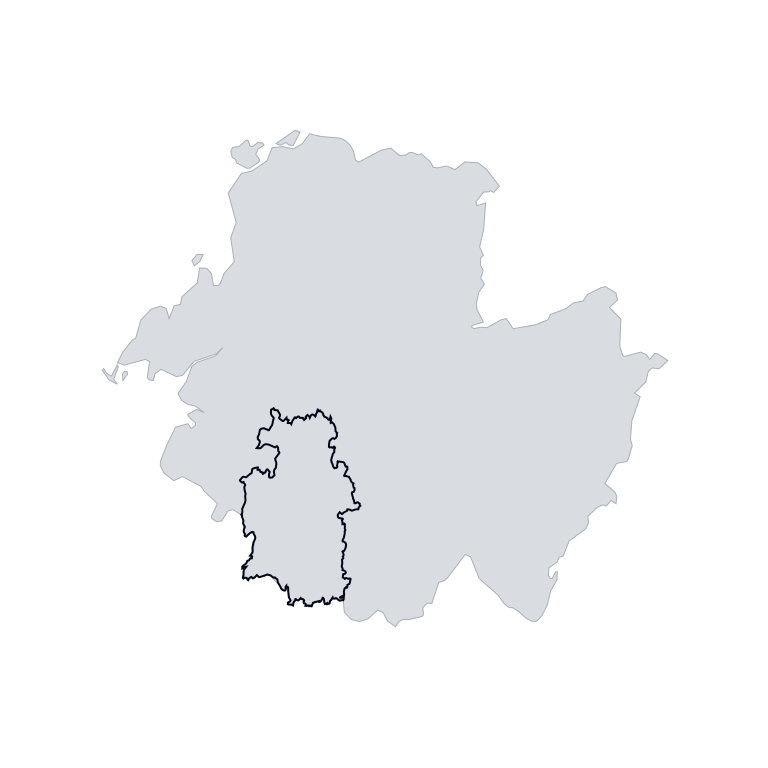 Nordrhein-Westfalen highlighted on a map of Germany, rotated 295°
{"feature_id": "DEU-1572", "entity_name": "Nordrhein-Westfalen", "entity_type": "State", "adm_level": 1, "iso_a3": "DEU", "parent_name": "Germany", "parent_adm1": "", "projection": "natural_earth1", "projection_center": [7.941, 51.424], "detail": "fine", "context": "in_parent", "style": "outline", "palette": "ink", "viewbox_px": 768, "rotation_deg": 295, "n_neighbors": 0, "source": "natural_earth", "source_scale": "10m", "svg_char_len": 9833}
<svg xmlns="http://www.w3.org/2000/svg" viewBox="0 0 768 768"><g transform="rotate(295 384 384)"><path d="M338.2,628.1L319.9,618.1L303.7,619.1L301.0,615.9L295.5,616.1L287.2,611.0L279.9,614.0L278.1,617.0L278.7,618.7L286.1,618.9L287.1,620.4L279.6,623.5L267.2,622.5L252.7,625.4L240.4,625.0L233.3,622.5L231.4,617.9L231.9,611.1L234.8,602.1L235.6,595.5L234.3,591.3L236.1,585.0L240.8,576.7L247.9,552.5L264.0,535.5L263.7,529.6L235.9,523.6L231.3,521.9L227.4,517.5L205.4,520.1L203.5,515.6L197.7,513.7L191.6,517.3L189.4,516.9L181.0,506.1L178.9,501.1L174.8,497.8L168.8,497.1L170.7,487.2L176.4,479.9L176.5,473.8L164.4,468.8L158.2,461.9L156.7,453.8L160.3,444.5L170.3,438.8L169.1,429.7L160.6,424.9L160.1,423.4L163.7,419.9L151.1,409.6L154.0,399.2L151.9,396.2L146.0,393.9L144.1,390.8L148.4,390.1L158.4,382.9L158.8,381.8L156.0,380.8L155.6,377.8L162.2,362.6L161.9,360.0L156.7,352.7L156.6,350.1L149.3,341.7L149.3,339.0L160.8,333.8L170.6,337.6L174.3,335.3L179.1,335.6L190.8,331.8L194.0,327.2L189.5,323.4L190.0,320.5L203.2,312.1L205.4,308.1L206.3,300.5L204.5,297.9L202.8,296.2L191.4,294.9L188.4,290.5L189.5,284.6L191.4,283.5L205.2,283.6L210.7,266.7L213.9,261.4L214.9,240.5L207.5,234.2L210.3,222.2L215.5,215.8L219.6,214.0L237.3,212.9L256.9,213.4L265.1,223.1L262.1,228.2L266.8,230.5L269.1,229.6L272.0,220.4L273.7,219.0L281.9,225.1L282.1,233.0L284.3,222.2L282.6,214.7L283.7,207.4L288.3,201.2L302.7,203.8L318.6,202.4L324.6,205.3L338.3,219.4L348.6,222.4L340.7,219.4L324.1,202.2L306.8,197.8L303.0,192.9L303.0,175.7L296.5,172.2L289.6,173.4L288.6,169.5L289.7,166.7L305.3,162.1L305.5,157.4L291.4,140.7L290.7,133.4L302.6,133.8L317.1,137.2L320.7,139.6L339.2,136.5L353.4,141.4L360.1,148.5L360.5,154.6L352.4,161.7L366.4,160.7L370.0,165.9L377.6,164.0L396.8,172.0L411.2,167.9L413.9,174.4L411.2,180.9L401.1,187.9L403.4,192.3L406.7,193.2L416.3,192.3L431.6,196.6L451.7,183.3L467.9,181.8L491.3,162.1L514.7,165.8L521.0,174.2L536.7,183.6L550.9,182.8L556.2,191.7L558.8,202.6L567.2,208.3L579.3,210.8L581.7,222.3L588.3,240.4L588.3,246.0L586.3,252.2L582.6,257.4L574.8,263.7L574.4,267.3L594.9,282.8L600.6,290.6L597.6,301.8L601.0,307.3L604.4,309.2L605.8,312.0L606.0,318.5L608.5,320.4L604.9,332.2L601.2,337.1L602.5,341.2L608.0,348.5L608.3,357.7L619.5,363.6L624.2,375.9L621.8,386.4L612.0,405.0L603.9,402.5L604.3,398.6L602.8,398.3L600.1,393.2L588.1,390.3L584.8,392.7L591.0,399.6L566.5,408.9L548.7,412.7L542.5,419.7L539.2,418.3L532.1,421.3L529.2,425.7L520.6,427.1L516.9,432.8L507.5,431.1L496.1,433.6L491.1,436.6L482.1,447.9L474.4,439.2L472.6,439.2L472.1,442.0L476.7,448.3L478.6,453.6L491.9,463.2L494.9,467.2L488.7,477.7L501.9,496.6L511.7,505.5L517.2,505.4L529.3,517.1L537.3,521.2L543.4,529.3L551.2,530.5L563.3,540.3L565.8,543.6L564.5,555.8L558.8,560.1L548.6,556.1L543.0,571.1L517.8,581.8L510.7,588.4L510.7,590.5L521.3,603.1L521.5,608.8L518.6,614.6L525.9,616.2L527.0,619.2L525.2,631.3L514.1,626.9L511.9,620.3L507.3,618.2L496.5,620.4L481.7,614.9L480.6,621.6L455.6,624.1L438.3,630.6L433.3,634.9L419.6,637.1L416.3,636.7L410.4,628.4L387.2,626.2L383.6,638.9L380.6,642.5L373.6,644.9L374.5,639.1L367.3,637.0L366.9,633.2L362.2,629.4L350.2,624.6L345.0,628.0L338.2,628.1ZM549.7,167.6L551.1,172.1L549.8,174.3L543.9,170.6L538.1,170.6L534.8,176.4L532.2,176.7L523.1,171.4L521.6,168.8L522.0,157.0L524.8,154.5L525.1,150.8L530.0,146.9L534.4,146.8L538.0,152.3L546.7,156.0L547.4,157.6L542.9,162.3L544.1,164.8L549.7,167.6ZM576.4,196.2L576.7,201.5L561.8,200.9L560.5,197.0L561.4,193.1L556.4,189.0L556.3,184.5L576.4,196.2ZM274.2,137.0L271.0,142.3L271.6,133.0L277.1,123.1L279.5,123.4L276.4,127.9L275.9,133.6L288.6,134.1L287.2,135.9L274.2,137.0ZM425.0,165.3L417.1,165.4L411.0,162.1L414.7,157.7L422.4,159.8L425.0,165.3ZM286.6,145.9L284.6,147.5L276.9,145.8L282.5,142.8L285.8,143.5L286.6,145.9Z" fill="#d9dde1" stroke="#a8b0b8" stroke-width="1"/><path d="M192.4,318.6L195.5,318.3L196.2,317.8L197.3,316.0L198.4,315.1L200.6,314.4L201.6,313.6L203.4,311.6L205.8,310.4L205.9,310.1L205.8,309.9L207.2,310.0L209.3,309.2L210.7,308.3L217.9,308.1L220.0,307.7L223.6,305.6L226.1,304.9L228.7,302.7L231.2,301.1L232.2,300.9L233.7,301.0L234.4,300.3L235.2,298.5L235.8,298.1L235.3,297.5L234.9,297.3L234.7,296.7L235.4,294.6L235.7,294.2L236.1,294.1L240.1,295.2L240.6,296.0L241.2,298.5L246.2,300.8L246.9,301.5L247.6,301.6L251.0,300.6L251.6,300.7L253.5,302.6L254.9,304.6L255.1,305.0L254.9,305.1L252.8,305.6L253.0,306.4L253.7,307.5L252.1,309.1L252.6,310.5L251.3,312.2L251.7,312.6L253.1,312.8L253.3,313.5L253.7,313.8L256.0,313.7L257.2,314.1L257.4,314.5L256.0,317.6L253.7,317.9L252.4,318.4L250.9,319.5L250.8,319.8L251.9,322.1L255.1,323.3L257.7,321.4L258.5,321.1L260.4,320.9L262.2,321.4L265.9,320.3L267.5,319.4L268.7,318.1L270.4,316.9L277.4,318.3L277.7,318.1L278.7,316.4L281.3,315.0L282.1,314.1L282.4,313.2L280.6,312.2L280.5,311.5L280.4,305.5L279.9,303.3L279.4,302.2L278.7,301.4L277.2,300.5L273.8,299.3L273.2,298.5L272.1,295.7L275.6,296.4L278.5,296.1L279.8,295.5L280.1,295.0L280.6,293.2L282.3,292.0L285.9,292.0L289.9,290.9L291.6,291.7L293.1,293.8L293.2,294.8L293.1,296.3L293.4,297.0L293.2,298.7L293.5,299.2L299.5,299.9L301.2,299.7L303.0,299.1L306.5,298.5L306.9,298.1L307.7,296.2L308.4,295.0L309.8,293.8L312.7,292.6L313.2,292.6L314.3,293.7L315.4,294.2L315.0,295.1L314.1,295.7L315.2,298.6L312.4,302.6L311.1,303.2L308.9,303.2L308.3,304.3L307.6,308.0L307.9,308.5L312.3,309.9L310.7,310.9L310.6,311.2L311.0,312.2L311.0,312.9L309.6,312.9L308.0,313.3L309.0,315.4L309.0,315.9L308.4,316.9L311.9,316.6L316.0,317.2L316.2,317.4L315.9,318.7L317.8,319.5L318.4,320.2L318.5,320.6L317.8,322.1L319.0,324.7L318.9,325.2L317.9,326.0L317.8,326.5L317.6,326.8L320.1,327.8L320.3,327.8L320.5,327.2L321.3,326.9L323.6,327.7L323.0,330.0L322.0,331.0L324.4,331.0L325.7,331.5L326.1,332.1L326.3,333.0L326.2,333.7L325.5,335.5L326.0,335.6L327.8,335.1L330.1,335.2L332.4,334.7L332.8,334.8L331.7,336.5L331.9,336.9L332.8,337.2L332.3,337.8L332.3,339.4L331.4,341.4L330.0,342.3L329.7,343.1L329.2,343.6L329.3,345.9L329.0,346.6L329.1,347.4L328.3,348.2L328.2,348.8L328.3,349.4L328.6,349.9L329.3,349.9L331.8,349.3L330.6,350.8L326.9,351.8L326.2,352.2L327.3,353.1L326.4,355.7L325.1,356.9L324.3,358.1L320.6,360.2L319.9,362.2L318.9,362.2L316.9,363.4L314.5,363.1L313.3,362.2L313.4,361.1L313.2,360.4L312.9,360.1L309.6,358.7L306.6,359.5L303.9,360.6L303.6,360.9L303.5,361.5L304.3,362.6L304.5,364.6L305.8,364.8L306.2,365.2L305.8,366.3L305.5,366.6L303.3,366.7L301.3,367.7L298.8,367.2L296.9,367.6L294.6,367.8L292.2,368.5L291.7,369.2L290.7,369.7L290.4,370.4L287.6,373.0L286.7,374.7L287.6,375.6L288.0,376.5L288.8,376.7L289.4,376.6L290.0,375.9L292.4,375.5L293.8,374.7L294.4,374.8L294.2,375.7L294.8,376.1L295.9,380.0L295.9,380.9L295.8,381.2L293.0,384.1L293.6,385.2L293.5,385.7L291.2,386.9L289.4,386.6L284.0,386.6L283.8,387.1L284.7,388.6L284.6,389.5L285.1,391.4L284.2,392.5L283.2,394.2L282.3,394.7L281.2,396.6L281.0,398.4L279.8,398.5L278.9,399.0L277.3,400.3L277.2,401.2L275.6,402.1L273.3,402.1L272.4,400.9L271.4,400.9L267.9,403.9L266.9,404.5L266.3,405.5L263.5,407.6L263.5,407.9L264.0,408.3L264.0,408.7L265.3,409.5L265.7,410.2L265.3,412.5L264.2,413.0L263.6,414.1L261.5,413.2L259.9,413.7L259.5,413.6L259.1,412.5L258.3,411.2L256.0,408.9L255.5,408.1L255.7,406.1L254.9,403.8L253.5,404.1L250.5,401.8L248.4,401.0L248.4,400.6L249.1,398.0L246.1,397.4L245.4,397.5L243.8,398.8L243.6,399.6L243.9,401.5L244.4,402.6L244.5,403.3L244.3,403.8L242.7,403.5L241.4,404.6L239.5,405.6L240.7,406.8L240.7,407.5L240.4,407.9L239.5,407.7L238.7,408.7L236.4,409.5L235.4,410.7L234.0,410.6L231.9,411.6L227.5,412.6L225.5,412.4L224.3,412.8L223.9,413.1L224.1,413.4L224.1,415.1L223.6,415.9L223.5,416.7L221.8,417.8L218.8,418.5L215.8,418.3L215.2,417.4L214.4,417.2L213.7,418.4L212.0,419.6L211.5,419.8L210.1,419.5L209.4,420.5L208.8,420.7L207.1,420.2L203.8,422.0L200.7,422.8L199.3,424.5L197.8,425.0L198.1,426.7L197.9,428.0L197.2,429.0L196.5,429.1L195.4,428.8L194.4,427.4L191.2,428.4L191.3,429.5L190.8,430.7L192.1,431.6L192.3,433.7L193.3,435.2L193.3,435.7L193.2,436.1L189.0,437.1L188.1,437.0L186.5,435.7L184.6,436.5L184.1,436.5L183.7,436.4L184.1,435.7L183.9,435.5L182.0,434.7L179.0,435.3L176.5,436.8L175.3,437.2L174.6,435.9L173.4,435.3L172.5,434.4L172.1,434.3L171.7,434.7L171.8,435.1L173.6,437.7L172.1,438.4L170.8,438.4L170.7,437.9L168.9,435.3L168.9,434.5L169.6,432.1L169.7,430.9L169.1,430.6L168.6,430.0L168.2,428.7L168.4,428.2L168.9,427.7L165.7,427.3L164.7,426.8L162.1,427.4L160.8,426.0L161.3,425.4L160.2,425.2L160.1,424.9L160.6,424.4L159.7,423.5L160.7,422.3L163.5,420.6L164.5,419.2L164.4,418.8L160.8,418.7L159.7,418.2L159.1,417.3L159.8,416.9L156.6,412.9L155.6,412.1L152.0,412.4L151.7,411.9L151.9,410.5L151.0,410.0L151.2,408.8L150.0,407.5L149.8,406.6L150.6,406.8L151.3,406.2L151.6,405.4L151.4,404.2L151.9,403.6L152.6,403.2L153.8,403.3L154.4,402.7L154.8,401.5L154.3,400.1L154.8,399.0L153.1,398.6L151.5,397.6L151.3,396.1L151.8,395.0L151.7,394.6L149.8,394.8L147.7,394.3L144.9,395.2L144.9,393.5L144.1,391.5L143.8,390.0L145.3,389.3L146.0,389.7L147.3,390.8L148.3,390.8L148.9,390.2L150.0,388.5L150.7,387.8L155.6,384.8L158.6,383.4L159.3,382.6L158.2,381.8L159.9,380.8L158.7,380.5L156.0,381.9L154.8,381.4L154.5,380.1L154.6,378.6L155.1,377.3L156.7,375.5L159.5,371.5L161.4,370.3L161.9,369.7L162.3,367.4L162.6,366.8L161.9,366.1L161.9,364.8L162.6,362.1L162.0,358.7L159.9,356.7L156.4,352.9L156.2,352.1L157.1,349.6L153.6,348.4L152.4,347.2L153.1,345.3L152.6,344.8L150.8,343.9L148.8,343.8L148.9,343.1L150.0,342.1L150.1,340.8L149.5,339.5L148.3,338.8L148.5,338.2L149.3,337.7L151.5,337.4L154.3,336.1L156.4,335.6L160.2,336.4L159.5,335.5L156.9,333.5L158.7,332.7L160.4,333.4L162.1,334.5L163.8,335.0L165.9,334.8L167.1,336.1L169.1,336.4L169.9,336.8L170.1,337.8L172.0,337.4L172.2,336.7L171.8,335.2L175.2,336.0L176.2,336.0L179.7,334.1L184.9,332.7L189.5,332.6L190.9,332.0L192.1,330.8L193.3,329.1L194.4,328.5L194.4,327.2L192.7,325.8L187.4,323.5L187.3,322.5L187.6,321.8L189.3,321.3L190.4,319.7L191.3,319.0L192.4,318.6Z" fill="none" stroke="#020617" stroke-width="2"/></g></svg>